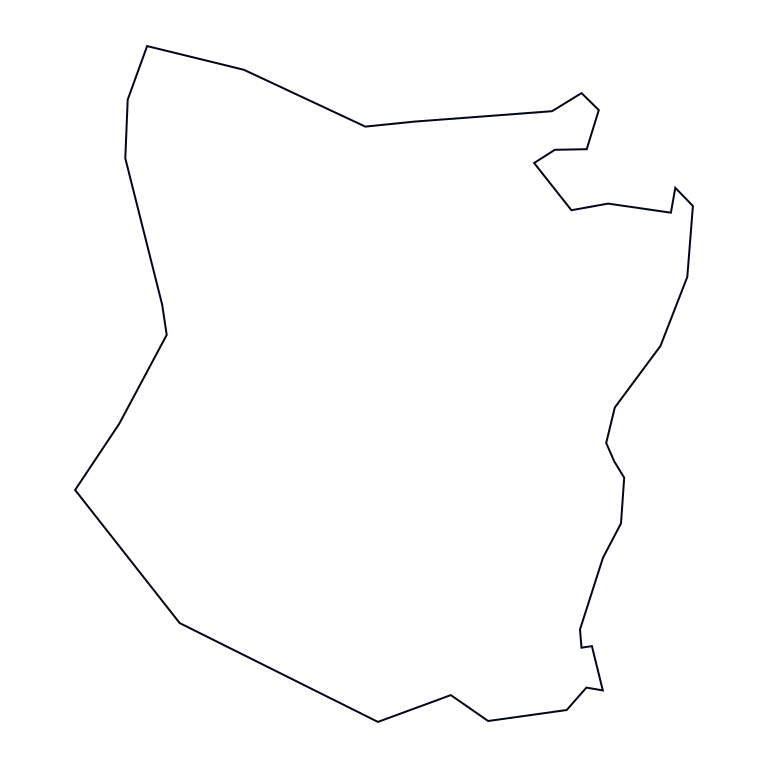 outline of Schoharie, New York, United States of America
{"feature_id": "52423323B40222754422720", "entity_name": "Schoharie", "entity_type": "district", "adm_level": 2, "iso_a3": "USA", "parent_name": "United States of America", "parent_adm1": "New York", "projection": "natural_earth1", "projection_center": [-74.351, 42.592], "detail": "fine", "context": "isolated", "style": "outline", "palette": "ink", "viewbox_px": 768, "rotation_deg": 0, "n_neighbors": 0, "source": "geoboundaries", "source_scale": "gbopen_adm2", "svg_char_len": 602}
<svg xmlns="http://www.w3.org/2000/svg" viewBox="0 0 768 768"><path d="M675.3,187.8L670.9,212.7L608.1,203.6L571.4,210.2L534.1,163.0L554.8,149.8L586.7,149.2L598.8,110.1L581.5,93.1L552.0,111.2L414.4,121.6L365.3,126.6L243.9,69.8L147.1,46.1L127.7,99.7L125.3,158.3L162.2,304.8L166.7,334.9L119.4,423.5L75.1,490.0L179.7,623.1L377.9,721.9L450.8,695.1L488.1,721.0L566.7,710.0L586.4,687.6L602.8,690.4L591.9,646.1L581.5,647.7L580.0,629.5L603.0,557.7L621.0,523.4L624.2,477.7L614.3,461.5L606.2,443.0L614.8,407.5L660.5,345.9L687.3,276.9L692.9,206.0L675.3,187.8Z" fill="none" stroke="#020617" stroke-width="2"/></svg>